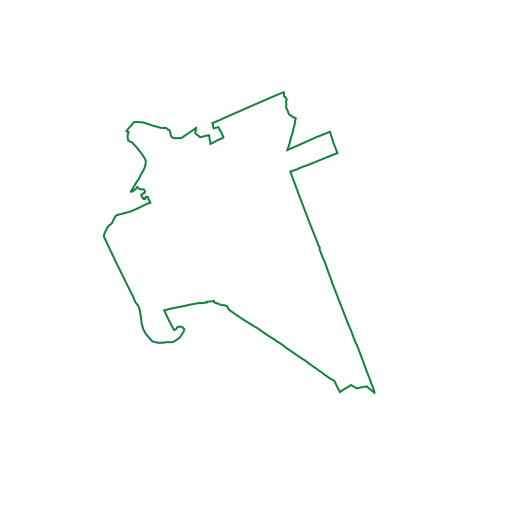 outline of Dobrun, Olt, Romania, rotated 232°
{"feature_id": "2599482B92313986888517", "entity_name": "Dobrun", "entity_type": "district", "adm_level": 2, "iso_a3": "ROU", "parent_name": "Romania", "parent_adm1": "Olt", "projection": "orthographic", "projection_center": [24.23, 44.251], "detail": "fine", "context": "isolated", "style": "outline", "palette": "green", "viewbox_px": 512, "rotation_deg": 232, "n_neighbors": 0, "source": "geoboundaries", "source_scale": "gbopen_adm2", "svg_char_len": 6152}
<svg xmlns="http://www.w3.org/2000/svg" viewBox="0 0 512 512"><g transform="rotate(232 256 256)"><path d="M308.3,390.8L309.2,387.7L311.4,380.1L312.1,378.3L316.7,359.5L320.2,346.0L321.0,347.2L322.1,348.9L323.1,350.3L323.7,351.4L324.6,352.5L326.3,354.3L326.6,354.8L327.0,355.6L328.1,356.9L328.9,358.2L329.9,359.7L335.3,366.6L337.5,369.4L338.1,369.6L338.9,370.6L340.1,372.2L341.7,371.3L342.7,370.6L344.3,370.2L345.6,369.7L346.9,369.3L348.1,369.5L349.1,369.7L350.0,370.1L350.9,370.4L351.9,370.5L352.8,370.7L353.4,370.8L354.0,371.1L354.7,371.5L355.5,371.9L356.1,372.4L356.3,372.9L356.7,373.3L357.6,373.8L358.5,374.2L359.1,374.7L359.8,375.5L360.0,376.2L360.4,376.5L361.0,376.7L361.7,376.7L362.1,376.7L362.8,376.8L363.3,377.0L363.6,376.8L364.0,376.5L364.6,376.4L365.1,376.6L365.5,377.0L366.0,377.6L366.6,377.9L367.5,378.5L368.1,378.6L369.9,372.1L373.3,359.2L376.7,346.0L378.1,340.6L379.0,337.1L379.8,333.7L381.7,326.5L383.7,318.6L384.1,317.0L384.9,313.5L385.6,310.5L386.1,308.7L387.0,305.5L387.6,303.5L383.0,301.3L382.6,301.3L382.5,301.5L382.3,302.1L382.0,302.8L381.6,303.7L381.1,304.8L380.8,305.6L380.5,305.7L379.7,305.6L378.5,305.3L376.6,305.0L374.3,304.6L371.6,303.9L370.4,303.7L369.9,303.6L369.5,303.3L369.5,302.9L369.6,302.2L370.0,300.5L370.3,299.5L370.5,298.6L370.8,297.3L371.1,296.0L371.2,295.2L371.3,294.2L371.7,292.1L371.9,291.1L372.2,290.0L372.3,289.7L372.4,289.1L372.8,289.4L373.4,289.8L374.1,290.2L374.7,290.5L375.3,290.7L376.0,291.0L376.6,291.3L377.0,291.6L377.8,292.1L378.4,292.4L379.0,292.7L379.8,293.2L380.1,293.3L380.3,293.2L380.8,292.1L381.3,291.0L382.3,288.8L383.0,287.2L383.9,285.3L384.2,285.0L384.6,284.9L385.5,284.9L386.0,284.7L388.0,284.1L389.8,283.7L390.1,283.8L390.6,284.1L391.1,284.3L391.3,284.9L391.6,285.5L392.0,285.9L393.8,287.5L394.9,269.8L397.1,266.9L399.0,264.3L399.6,263.8L400.5,263.3L401.6,262.9L402.7,262.9L403.8,263.2L406.8,264.9L407.7,265.2L408.5,265.2L409.8,264.6L410.8,264.2L412.3,263.9L412.7,263.5L413.5,262.3L415.4,260.1L422.1,255.0L426.7,252.0L430.1,249.7L431.7,248.3L435.3,244.3L436.6,242.2L435.8,238.6L434.9,233.3L434.0,230.8L432.1,231.9L431.0,230.0L428.4,227.8L425.9,226.4L424.7,226.8L423.5,227.3L422.6,227.9L421.6,228.2L420.8,228.5L419.6,228.4L417.3,228.6L414.4,228.9L411.8,228.8L409.4,228.8L405.8,228.8L402.4,228.5L400.6,228.2L399.4,227.9L398.5,227.5L397.6,226.7L396.7,225.8L395.1,223.9L394.5,223.1L393.9,222.2L393.2,220.8L392.6,219.5L391.4,216.4L391.2,215.6L390.8,214.8L390.2,213.8L389.7,212.8L389.2,211.9L388.9,211.1L388.6,210.6L388.4,209.8L388.3,209.2L388.0,207.8L387.4,206.4L386.7,204.7L386.2,203.4L385.8,202.3L385.1,200.6L384.5,198.9L383.8,197.1L383.2,197.5L382.9,198.3L382.9,201.9L383.0,202.9L383.5,205.0L382.3,205.0L381.0,205.3L379.7,205.8L378.9,206.9L378.1,208.2L377.3,208.5L376.5,208.5L375.9,208.3L375.1,208.3L374.3,206.8L374.8,206.3L374.9,205.7L374.6,205.0L375.0,203.6L374.6,203.1L373.7,202.6L372.6,202.7L371.3,202.4L370.4,202.4L369.8,202.7L369.4,203.0L369.2,203.5L369.3,203.8L369.5,204.1L370.3,204.2L370.0,205.2L370.2,206.2L369.9,206.7L369.2,207.0L368.4,207.0L367.7,206.6L366.9,206.1L365.1,206.2L364.5,205.8L363.0,205.5L363.6,203.9L363.9,202.8L364.5,201.2L364.8,199.4L365.2,198.1L365.3,197.2L365.6,195.3L366.2,193.1L366.8,190.1L367.6,187.6L367.9,186.0L368.4,184.4L369.1,182.7L369.7,181.3L371.8,176.4L373.6,172.2L374.0,171.0L373.9,170.7L373.9,170.1L373.8,169.6L373.4,169.0L373.2,168.5L372.9,167.6L372.6,166.7L372.3,166.1L372.0,165.6L371.8,164.9L371.3,164.2L370.8,163.2L370.5,161.2L370.3,160.7L370.4,160.1L370.5,159.6L370.6,159.1L370.5,158.7L370.3,158.2L370.1,157.8L370.1,157.3L370.0,156.8L369.9,156.2L369.6,155.4L369.3,154.9L369.1,154.4L368.7,153.8L368.3,153.1L368.1,152.7L367.9,152.2L367.8,151.8L367.5,151.4L367.2,150.6L366.7,150.0L366.3,149.3L365.8,148.9L364.9,148.1L334.9,141.3L321.4,138.6L314.5,137.1L299.6,134.1L293.9,132.5L289.7,132.6L286.0,131.6L280.0,128.4L273.3,124.4L267.7,122.1L262.7,121.2L257.8,121.4L252.4,121.8L247.6,125.7L246.3,127.6L245.1,129.0L244.1,130.8L243.0,132.7L241.8,134.2L240.4,135.9L239.5,137.4L239.0,139.4L238.7,143.4L238.8,145.4L238.9,146.9L239.3,147.9L239.8,149.0L240.2,150.3L240.7,151.8L241.5,153.1L242.4,154.5L245.9,154.0L246.3,153.5L246.6,153.1L247.0,152.7L247.7,151.7L248.3,150.7L248.4,150.2L248.0,149.4L247.7,148.4L247.6,147.9L247.6,147.4L247.7,146.8L247.8,146.5L248.3,146.1L248.6,145.8L250.0,146.1L253.9,146.8L259.1,147.8L263.2,148.7L266.3,149.4L269.7,150.2L268.3,153.4L267.9,154.2L267.6,155.0L266.6,157.3L266.0,158.4L264.9,160.5L264.1,162.1L263.1,164.1L262.7,164.7L262.5,165.2L262.0,166.3L261.7,167.1L261.4,167.6L260.8,168.5L260.6,169.2L260.4,169.5L260.1,170.0L259.8,170.9L259.6,171.5L259.1,172.2L258.9,172.7L258.6,173.3L258.1,174.5L257.7,175.0L257.2,176.1L256.3,177.6L255.7,179.0L254.6,181.1L253.8,182.8L253.4,182.6L249.7,188.4L250.4,188.8L246.3,195.2L245.1,194.5L241.2,197.1L238.4,198.6L237.7,199.6L237.1,200.3L236.2,201.2L235.3,201.7L234.3,202.3L233.8,202.2L232.8,202.0L230.6,201.6L228.5,202.1L227.1,202.6L216.4,205.9L202.3,211.0L200.7,211.7L197.1,213.1L194.2,213.8L184.5,217.0L179.5,218.9L175.7,220.0L172.7,221.1L169.9,222.0L167.5,222.7L165.5,223.1L153.9,226.8L146.6,229.1L143.7,230.3L140.3,231.2L139.3,231.0L139.0,231.2L138.7,231.5L136.6,232.2L128.8,234.6L126.0,235.3L125.3,235.6L124.7,235.9L124.2,236.0L123.7,236.2L120.8,236.8L118.1,237.6L115.3,238.5L109.1,240.8L104.7,239.8L98.3,238.5L97.1,238.3L97.0,241.6L96.8,243.5L96.3,246.7L95.9,251.4L89.8,253.8L85.3,262.8L75.4,265.1L76.1,265.7L80.6,267.3L85.7,268.7L86.2,269.0L99.5,273.0L100.9,273.6L114.0,277.7L124.4,280.9L125.3,280.8L127.9,281.6L131.5,282.6L134.3,283.6L136.0,284.1L136.9,284.4L143.2,286.2L146.0,286.9L147.7,287.4L151.8,288.6L152.2,288.7L157.6,290.4L161.0,291.4L163.5,292.2L165.2,292.6L167.8,293.4L169.8,294.0L174.2,295.3L174.5,295.5L179.0,296.8L182.0,297.7L185.9,298.9L187.5,299.2L187.9,299.3L188.4,299.8L193.5,301.4L200.1,303.5L209.5,306.7L211.4,307.0L213.3,307.5L221.0,309.8L221.4,309.9L223.6,311.5L224.8,311.5L238.0,315.4L250.1,318.9L275.9,326.9L301.4,335.0L300.7,337.0L298.8,342.1L298.9,342.7L297.7,347.2L295.3,354.5L293.4,360.8L293.4,361.2L289.5,375.0L287.2,382.8L286.9,383.5L298.3,387.0L301.5,388.2L302.5,388.6L306.1,389.9L308.3,390.8Z" fill="none" stroke="#15803d" stroke-width="2"/></g></svg>